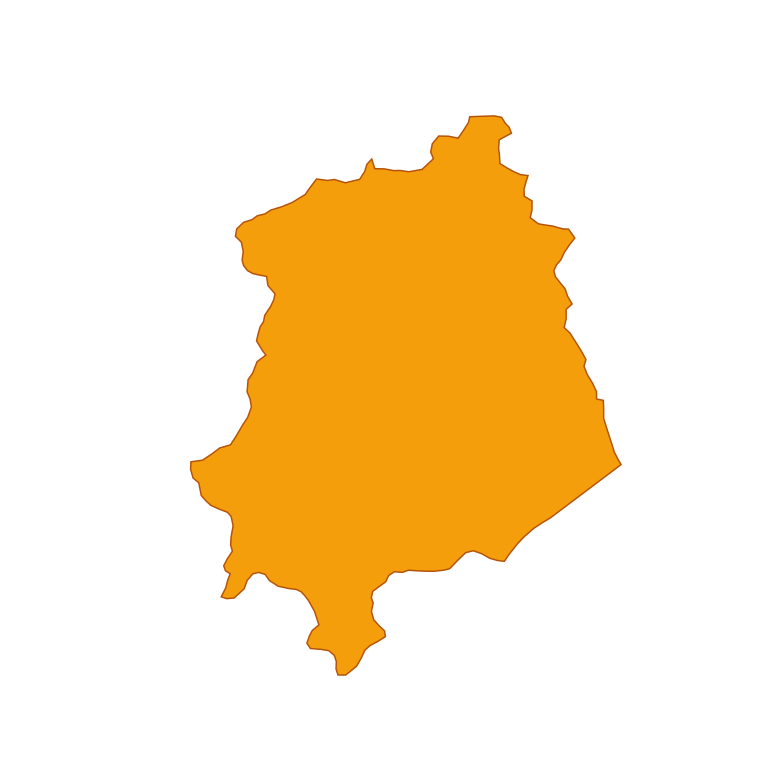 Espírito Santo do Pinhal, São Paulo, Brazil (Robinson projection), rotated 230°
{"feature_id": "56859067B52786293582727", "entity_name": "Espírito Santo do Pinhal", "entity_type": "district", "adm_level": 2, "iso_a3": "BRA", "parent_name": "Brazil", "parent_adm1": "São Paulo", "projection": "robinson", "projection_center": [-46.789, -22.186], "detail": "fine", "context": "isolated", "style": "filled", "palette": "amber", "viewbox_px": 768, "rotation_deg": 230, "n_neighbors": 0, "source": "geoboundaries", "source_scale": "gbopen_adm2", "svg_char_len": 2691}
<svg xmlns="http://www.w3.org/2000/svg" viewBox="0 0 768 768"><g transform="rotate(230 384 384)"><path d="M592.6,365.1L584.4,365.9L576.0,361.4L570.2,355.0L565.1,352.6L558.7,352.3L552.9,354.5L548.2,358.1L541.8,363.2L534.1,358.4L523.0,358.4L519.2,353.4L516.3,346.9L513.3,336.8L509.2,331.8L507.5,326.0L503.4,319.9L499.0,314.1L487.9,312.4L482.1,312.1L482.7,301.2L476.8,290.5L474.7,282.7L466.0,274.1L458.4,271.7L451.6,267.6L446.1,258.2L443.7,250.1L439.0,236.9L436.1,227.2L440.6,217.0L441.0,208.2L442.3,196.0L448.5,186.1L443.1,181.1L434.7,177.3L427.4,178.6L416.0,172.3L408.7,172.5L402.5,173.3L394.1,177.3L386.4,181.6L380.9,181.8L372.4,177.3L364.8,168.2L359.2,163.0L353.4,160.4L350.8,151.6L347.8,144.4L342.8,142.5L337.5,144.2L334.3,138.4L329.7,132.0L325.6,122.5L320.8,125.4L316.4,131.6L317.0,145.2L321.5,153.0L322.9,161.5L320.2,166.9L314.4,170.6L307.1,169.9L297.2,172.9L288.4,179.7L283.1,184.7L278.1,187.0L272.5,187.2L267.0,187.0L254.6,184.7L241.3,179.3L241.3,170.6L238.9,164.8L235.1,158.4L228.7,157.6L221.0,165.4L215.2,170.3L207.9,171.5L202.1,169.1L196.5,164.1L190.7,161.7L185.7,167.5L185.4,181.4L188.6,190.2L192.4,198.4L192.6,205.4L190.9,213.2L189.6,222.7L194.5,225.7L202.4,224.8L210.0,224.6L217.8,228.1L223.2,234.9L228.4,236.9L232.4,242.1L232.0,249.4L231.4,258.3L234.3,264.4L233.5,271.3L227.8,277.1L225.7,283.0L221.1,287.7L214.9,294.4L208.5,301.8L203.2,309.7L200.3,315.5L201.5,326.4L202.3,338.1L198.9,345.2L191.3,349.7L182.5,353.0L176.0,357.4L170.8,362.2L173.1,370.3L175.8,383.5L176.9,392.7L177.2,405.8L176.0,416.1L174.5,425.6L169.9,513.8L176.2,514.9L183.7,516.6L189.3,519.0L199.2,523.0L208.2,526.7L216.5,530.2L224.0,536.5L230.5,541.5L235.8,537.2L241.6,541.9L250.7,544.3L260.3,545.7L269.0,548.6L272.9,554.4L281.7,556.2L290.5,557.5L303.4,559.2L311.4,558.3L316.8,565.4L324.1,571.5L324.4,579.5L333.1,581.0L340.5,583.9L348.1,584.0L356.0,584.3L361.6,586.9L364.4,592.7L365.4,599.2L368.9,606.7L371.4,615.6L373.2,624.0L384.0,624.9L388.1,620.5L396.6,614.7L403.1,608.9L407.5,605.2L417.4,602.9L422.1,609.1L429.1,615.1L437.6,612.1L443.2,616.4L447.7,622.9L451.1,628.3L456.6,623.2L463.2,619.9L470.5,617.1L478.3,614.5L485.6,619.9L490.8,623.2L497.0,629.2L495.5,636.8L494.2,642.8L500.2,644.9L505.6,644.5L512.7,645.5L518.6,640.7L524.7,632.9L533.6,621.5L530.0,616.8L526.7,606.3L524.7,598.8L532.3,592.7L538.8,585.3L537.0,575.5L531.7,568.9L524.8,566.6L523.9,551.1L530.6,539.5L537.3,533.5L541.1,528.7L548.5,522.6L554.9,515.3L564.2,519.2L563.3,512.2L559.2,505.8L556.4,496.9L563.0,483.7L572.5,477.5L576.2,471.6L584.4,464.1L581.6,451.9L579.8,445.5L582.1,430.2L585.6,419.4L590.0,409.2L590.8,402.2L594.3,395.1L594.7,388.6L598.1,380.4L597.5,370.9L592.6,365.1Z" fill="#f59e0b" stroke="#b45309" stroke-width="1.5"/></g></svg>